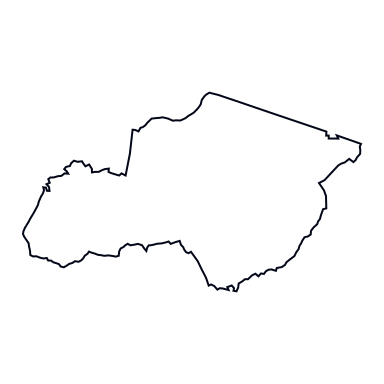 Goioerê, Paraná, Brazil
{"feature_id": "56859067B5093920016557", "entity_name": "Goioerê", "entity_type": "district", "adm_level": 2, "iso_a3": "BRA", "parent_name": "Brazil", "parent_adm1": "Paraná", "projection": "orthographic", "projection_center": [-53.086, -24.172], "detail": "fine", "context": "isolated", "style": "outline", "palette": "ink", "viewbox_px": 384, "rotation_deg": 0, "n_neighbors": 0, "source": "geoboundaries", "source_scale": "gbopen_adm2", "svg_char_len": 2738}
<svg xmlns="http://www.w3.org/2000/svg" viewBox="0 0 384 384"><path d="M29.1,246.8L30.0,250.6L30.3,255.0L32.9,256.4L36.5,256.3L40.1,257.7L43.5,258.5L46.8,258.0L48.1,260.5L51.1,260.6L53.4,262.3L55.7,263.0L58.9,264.1L60.7,266.5L63.8,267.3L66.6,265.7L69.2,263.9L72.3,263.0L75.0,261.2L78.5,261.8L81.2,260.4L83.0,258.6L84.8,255.7L87.5,253.8L89.0,251.6L91.4,252.6L94.9,253.6L97.9,254.8L101.1,255.2L104.3,255.8L108.5,255.4L112.0,255.9L115.9,256.6L118.7,255.8L119.2,251.4L120.6,248.5L123.5,247.0L125.5,245.1L127.7,243.8L130.4,245.3L134.7,244.6L137.9,243.9L142.0,245.2L144.2,248.4L146.3,251.0L147.2,247.6L148.7,245.4L151.2,245.2L153.6,244.7L157.3,243.7L161.7,243.4L166.2,242.3L168.6,241.5L170.7,243.9L175.5,242.1L179.7,240.9L180.9,244.7L183.2,247.2L184.2,249.6L186.1,252.2L188.6,253.2L191.0,251.8L197.8,261.3L201.2,268.4L204.6,275.0L206.0,277.7L208.7,285.6L211.1,284.5L214.3,286.1L217.4,289.6L219.8,288.2L222.8,288.5L228.6,290.0L227.3,287.1L231.7,285.5L234.0,288.1L233.5,290.8L236.5,291.3L238.1,287.8L238.7,283.5L241.9,281.6L245.0,279.2L248.0,279.2L252.0,275.4L255.4,273.7L258.4,276.3L260.9,273.5L264.0,273.9L265.8,271.3L268.4,269.8L271.5,269.4L275.9,270.8L276.8,268.0L281.7,267.1L285.0,264.9L286.5,262.2L289.6,259.7L292.1,257.8L294.4,256.1L296.1,252.5L298.6,249.1L299.5,245.8L301.0,243.6L302.3,240.7L304.5,237.3L307.9,236.4L310.7,234.5L311.0,230.8L313.8,227.2L317.1,224.3L318.2,221.3L320.0,218.9L320.7,216.0L321.8,212.8L323.1,209.2L326.3,208.4L326.0,196.2L324.0,190.4L319.0,183.0L324.5,180.2L338.3,165.4L341.3,163.6L344.8,162.4L349.2,158.9L353.4,162.1L355.6,160.1L357.0,157.4L360.1,153.9L360.3,150.3L359.8,146.6L361.0,143.9L336.8,135.4L338.3,138.6L332.5,138.5L328.7,138.5L328.7,135.6L326.2,135.6L326.4,131.6L269.6,112.4L236.3,101.0L224.3,97.0L218.5,95.0L209.3,92.7L206.2,94.6L204.4,96.3L201.8,99.9L200.8,104.1L199.4,106.4L197.5,108.8L193.8,112.6L190.8,114.5L188.3,115.9L186.3,117.6L183.8,119.0L180.3,120.5L176.0,120.3L173.0,120.7L170.3,119.6L168.1,118.6L165.3,117.9L162.3,117.3L159.9,117.8L156.1,118.1L151.6,118.6L147.7,122.4L145.0,125.6L142.8,127.1L140.5,127.8L138.5,131.4L135.4,130.0L132.6,129.7L129.9,153.6L125.6,175.5L121.5,173.4L119.2,175.5L114.4,174.1L110.9,173.0L108.5,171.9L108.8,168.6L104.5,169.2L101.5,170.4L98.7,171.9L95.0,171.9L92.0,172.4L91.9,168.9L89.1,164.5L85.4,166.3L83.4,163.6L82.0,161.3L77.6,161.8L73.9,160.7L71.1,163.3L69.9,166.0L66.0,166.9L64.2,169.1L66.8,171.4L68.2,173.7L64.6,173.4L61.3,175.9L57.9,176.2L53.9,177.4L50.4,177.5L48.3,179.1L49.7,182.8L46.5,184.2L49.0,186.9L49.5,190.9L47.0,190.8L45.9,187.6L43.3,187.3L44.0,190.2L43.0,193.3L41.1,196.4L38.8,201.6L38.0,204.9L33.9,212.6L30.2,218.7L28.6,221.8L24.9,227.9L23.4,231.4L23.0,234.0L24.2,236.7L28.6,243.2L29.1,246.8Z" fill="none" stroke="#020617" stroke-width="2"/></svg>